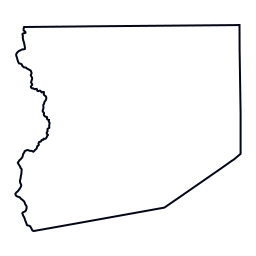 Pailin, Krong Pailin, Cambodia (Albers equal-area conic projection)
{"feature_id": "14789045B44552774517246", "entity_name": "Pailin", "entity_type": "district", "adm_level": 2, "iso_a3": "KHM", "parent_name": "Cambodia", "parent_adm1": "Krong Pailin", "projection": "albers", "projection_center": [102.523, 12.778], "detail": "fine", "context": "isolated", "style": "outline", "palette": "ink", "viewbox_px": 256, "rotation_deg": 0, "n_neighbors": 0, "source": "geoboundaries", "source_scale": "gbopen_adm2", "svg_char_len": 3662}
<svg xmlns="http://www.w3.org/2000/svg" viewBox="0 0 256 256"><path d="M239.5,25.0L234.6,25.1L92.9,26.3L75.8,26.5L24.1,27.0L23.6,28.8L23.6,30.4L24.8,31.3L25.4,32.0L25.5,32.7L24.8,33.1L23.8,33.2L23.2,33.4L22.5,34.0L22.5,34.8L22.9,36.0L22.9,36.6L22.7,37.5L22.9,38.4L23.0,39.1L23.2,40.3L23.7,41.5L24.2,43.6L24.4,44.7L24.6,45.5L24.7,46.3L24.9,47.2L25.0,48.0L24.8,49.0L23.9,49.3L23.3,49.3L22.2,49.4L21.4,49.8L20.5,50.3L19.4,50.7L18.6,51.2L17.9,51.9L17.2,52.5L16.7,53.3L16.2,54.3L16.2,55.3L16.4,56.2L16.7,56.9L17.0,57.6L17.2,58.7L17.4,59.4L17.7,60.4L17.9,61.0L18.0,61.5L18.4,62.3L18.6,62.8L19.1,63.4L20.0,63.6L20.8,63.8L21.8,64.4L22.0,65.1L22.3,65.9L22.8,66.2L23.3,66.8L23.7,67.2L24.3,67.4L24.9,67.5L25.4,67.5L26.0,67.6L26.5,68.1L26.9,68.5L27.3,68.8L27.9,69.0L28.5,69.3L29.3,69.8L29.7,70.0L30.5,70.4L30.8,70.8L31.0,71.3L31.2,71.9L31.5,72.7L31.6,73.3L31.3,74.1L31.0,74.5L30.8,75.4L31.4,76.5L32.0,77.6L32.2,78.4L32.1,79.0L31.8,80.0L31.5,80.8L31.2,81.8L31.1,82.5L31.7,83.4L32.1,84.1L32.2,84.6L32.0,85.1L31.4,85.8L30.9,86.5L31.0,87.3L31.6,88.0L32.3,88.4L32.8,88.3L33.4,88.4L34.3,89.1L34.8,89.2L35.4,89.0L36.7,88.9L37.0,89.4L37.0,90.0L37.4,90.8L37.9,91.1L38.4,91.1L38.9,90.9L39.9,90.6L40.8,91.2L41.0,91.7L41.6,92.3L42.1,92.3L43.1,91.9L43.8,92.0L43.9,92.5L43.8,93.2L43.8,94.0L44.0,94.8L44.4,95.3L45.2,95.9L45.7,96.2L46.1,96.8L46.3,97.7L46.3,98.3L46.1,99.2L45.8,100.1L45.3,100.7L45.0,101.2L44.5,101.9L44.3,102.4L44.2,103.1L44.1,103.5L43.7,104.3L43.4,104.7L43.3,105.4L43.3,106.2L43.4,106.8L43.5,107.4L43.4,108.0L43.3,108.5L43.2,109.2L42.9,109.8L42.7,110.2L42.7,110.7L42.7,111.4L43.1,111.9L44.0,112.9L44.0,113.6L43.8,114.2L43.8,114.7L44.0,115.2L44.4,115.8L45.3,116.6L46.1,116.8L46.9,117.0L47.1,117.8L46.9,118.3L47.0,118.9L47.4,119.4L47.9,119.7L48.4,119.8L49.0,119.9L48.8,121.4L49.1,122.1L49.5,122.6L49.6,123.3L49.4,124.0L49.3,124.6L49.2,125.3L49.2,125.9L49.2,126.6L49.3,127.2L49.3,127.8L49.0,128.1L48.4,128.3L47.5,129.0L47.5,130.0L47.6,131.2L47.2,131.6L46.8,132.5L46.7,133.1L46.7,133.6L47.0,134.0L47.9,134.7L47.9,135.2L47.5,135.6L47.1,136.0L47.0,136.6L46.5,137.5L46.2,138.0L45.8,138.4L45.3,138.8L44.7,138.9L43.7,138.7L43.2,139.2L43.2,139.7L42.3,140.0L41.6,140.1L41.2,141.0L40.7,141.6L40.2,141.8L39.2,141.9L38.5,143.3L38.5,143.9L38.8,144.4L38.6,145.3L38.2,145.7L37.6,145.9L37.3,146.2L37.1,146.8L37.0,147.6L36.7,148.3L36.2,149.0L35.8,149.4L35.0,150.0L34.7,150.3L34.3,150.9L33.4,151.7L32.8,151.5L31.7,150.9L30.8,150.8L30.3,150.9L29.6,150.8L29.1,150.5L28.3,150.2L27.5,150.0L26.5,150.3L25.7,150.7L25.1,150.9L24.6,151.3L24.4,152.1L24.1,152.8L23.5,153.4L23.1,154.2L22.9,155.3L22.6,156.5L22.1,157.6L21.6,158.1L20.8,159.1L20.2,159.6L19.5,160.2L18.8,161.3L18.3,161.9L17.8,162.7L18.5,164.1L19.2,165.2L20.2,166.7L20.5,167.9L21.3,168.6L21.7,169.6L21.6,170.5L21.5,172.0L21.4,173.5L21.2,174.6L20.9,175.8L20.6,178.0L20.3,179.4L20.0,180.4L20.0,182.1L20.5,183.4L21.1,184.5L21.2,185.6L21.0,186.3L20.6,187.2L20.2,188.0L19.6,188.9L19.1,189.4L18.6,190.3L18.2,190.8L17.5,191.5L17.1,191.8L16.5,192.3L16.1,192.8L15.7,193.3L15.4,193.7L15.5,194.6L15.8,195.2L16.1,195.7L16.9,196.3L17.9,196.7L18.7,196.9L19.7,197.3L20.8,198.6L21.5,199.2L22.3,199.7L22.9,200.3L24.0,201.3L24.6,202.4L25.1,204.0L26.4,206.0L26.6,206.8L26.6,207.6L26.6,208.3L26.2,209.5L25.8,210.7L25.1,211.3L24.4,211.7L23.2,212.2L22.7,212.7L22.3,213.3L22.8,214.7L23.3,215.9L24.0,217.0L24.4,217.8L24.9,219.4L25.4,220.9L25.9,222.1L26.4,223.4L26.7,224.4L27.0,225.1L28.0,225.5L29.1,225.7L30.3,226.4L30.7,227.2L31.5,228.5L31.8,229.4L32.1,229.9L32.6,230.6L33.8,231.0L74.3,223.8L124.4,214.8L164.4,207.6L181.4,195.9L221.5,168.1L231.7,160.9L234.4,159.1L240.6,153.8L240.6,114.3L239.6,49.5L239.5,25.0Z" fill="none" stroke="#020617" stroke-width="2"/></svg>